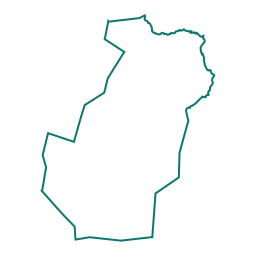 the district of Nalaix, Ulaanbaatar, Mongolia
{"feature_id": "93677404B72325521473587", "entity_name": "Nalaix", "entity_type": "district", "adm_level": 2, "iso_a3": "MNG", "parent_name": "Mongolia", "parent_adm1": "Ulaanbaatar", "projection": "mercator", "projection_center": [107.515, 47.823], "detail": "fine", "context": "isolated", "style": "outline", "palette": "teal", "viewbox_px": 256, "rotation_deg": 0, "n_neighbors": 0, "source": "geoboundaries", "source_scale": "gbopen_adm2", "svg_char_len": 4245}
<svg xmlns="http://www.w3.org/2000/svg" viewBox="0 0 256 256"><path d="M41.8,190.9L57.5,208.5L62.3,213.9L72.9,224.8L74.6,226.5L74.7,227.0L74.7,227.6L75.1,233.6L75.5,239.5L75.8,239.5L88.7,237.4L89.7,237.3L90.2,237.3L120.7,240.6L122.3,240.5L126.3,240.0L146.9,237.7L152.0,237.1L152.3,237.1L154.5,207.1L155.5,193.4L174.9,180.1L178.8,177.4L178.9,175.1L179.5,153.6L179.6,152.6L180.6,148.8L188.3,120.8L188.2,120.3L187.7,118.3L186.0,110.6L186.1,110.1L186.2,109.7L186.8,108.6L187.6,108.0L188.0,107.7L188.4,107.4L188.8,107.5L189.2,107.7L189.7,107.9L189.9,107.9L190.0,107.6L190.1,107.3L190.3,106.7L190.6,106.3L191.0,105.9L192.2,105.8L192.5,105.5L194.8,104.0L197.0,102.1L198.5,100.4L202.0,97.1L202.1,96.8L202.1,96.7L202.7,96.7L203.3,97.0L203.6,97.0L203.8,97.1L204.3,97.0L205.2,97.2L205.7,97.1L205.8,96.7L205.9,96.3L206.0,96.0L206.2,95.7L206.5,95.3L207.0,95.2L208.1,95.0L208.3,95.0L208.5,95.0L208.6,94.7L208.5,94.4L208.3,94.0L208.1,93.7L208.1,93.3L208.1,92.8L208.3,92.5L208.5,92.2L208.5,91.8L208.5,91.7L208.5,91.3L208.7,91.0L209.0,90.7L209.4,90.6L209.8,90.4L209.8,90.2L209.7,90.0L209.9,89.3L210.0,87.8L210.4,86.7L210.6,86.5L211.3,85.6L212.3,84.4L212.5,83.9L212.8,83.3L212.8,82.6L212.6,82.1L212.2,80.9L212.1,80.4L212.1,79.6L212.6,78.1L213.9,76.1L214.2,75.4L214.2,75.0L214.0,74.8L213.9,74.7L213.7,74.6L213.1,74.4L212.2,73.8L211.6,73.2L211.4,72.9L211.1,72.4L210.9,71.7L210.8,71.1L210.7,70.9L210.5,70.5L210.4,70.2L210.1,70.0L209.8,70.0L209.7,70.0L209.3,70.2L208.8,70.4L208.7,70.5L208.4,70.4L208.1,70.3L207.3,69.8L206.5,68.5L205.7,66.8L205.5,66.4L205.4,66.2L205.1,65.6L204.8,64.8L204.7,63.8L204.7,63.7L204.2,62.3L204.1,61.7L204.1,61.2L204.1,60.8L204.1,60.2L203.9,60.0L203.9,59.8L203.8,59.6L203.8,59.1L203.9,58.2L204.0,57.6L203.6,56.7L203.3,55.6L203.3,55.4L203.2,55.2L202.8,54.4L202.5,53.9L202.4,54.1L202.1,54.4L201.6,53.3L201.1,51.9L200.8,51.0L200.7,48.9L200.6,47.8L200.8,46.9L201.1,46.5L201.6,45.7L202.4,44.6L203.7,42.9L203.8,42.9L204.6,41.8L204.7,41.3L204.6,40.8L204.5,40.1L204.3,39.5L203.6,38.9L203.4,38.5L203.1,37.9L203.1,37.4L203.2,36.8L203.4,36.5L203.5,35.9L203.3,35.7L203.0,35.9L202.8,36.2L202.6,36.6L202.2,36.8L201.8,36.7L201.4,36.6L200.4,36.5L199.6,35.6L199.2,35.4L198.7,34.9L198.3,34.2L198.1,33.9L197.9,33.7L197.6,33.7L197.3,33.5L196.9,33.2L196.6,32.9L196.4,33.0L196.2,33.0L196.0,33.7L195.6,33.6L195.3,33.3L195.0,32.8L194.7,32.4L194.3,32.5L194.0,32.8L193.5,32.9L193.0,32.7L192.4,32.5L191.8,32.7L191.4,32.8L190.9,32.8L190.8,32.5L191.2,32.2L191.5,31.8L191.5,31.3L190.9,31.2L190.2,31.2L189.6,31.5L189.3,31.7L189.2,31.4L189.1,31.2L187.5,31.0L187.1,30.8L186.6,30.8L186.1,30.9L185.5,30.7L185.0,30.3L184.4,29.8L184.1,29.5L183.6,29.4L183.4,29.6L183.0,29.9L182.5,30.3L181.9,30.5L181.2,30.6L180.8,30.6L180.4,30.3L180.1,29.9L179.8,29.8L179.4,29.9L179.2,30.3L178.8,30.8L178.3,31.0L177.9,31.1L177.1,31.2L176.5,31.3L176.3,31.3L175.5,31.8L175.1,32.6L174.5,33.1L173.6,33.2L172.1,33.1L171.4,32.9L171.0,33.1L170.5,33.7L170.0,34.2L169.2,34.2L168.6,34.4L167.9,34.8L167.3,34.7L166.9,34.4L166.3,34.0L165.6,33.8L164.8,33.7L164.4,33.8L164.0,34.0L163.6,33.5L163.4,33.2L162.6,32.9L161.7,32.9L161.2,33.3L160.8,33.9L160.1,34.3L159.3,34.4L158.7,34.4L157.9,34.2L156.6,33.8L155.8,33.5L154.8,32.9L153.8,32.8L153.1,32.1L152.5,31.8L152.3,31.5L152.0,30.9L152.0,29.9L152.0,29.5L151.9,28.9L151.8,28.1L151.7,27.2L151.3,26.5L150.9,25.7L150.6,24.9L150.1,23.9L149.0,23.0L148.2,23.0L147.9,22.5L147.8,22.2L147.6,21.7L147.3,21.1L146.5,20.8L146.2,20.7L145.3,20.3L145.2,20.1L144.7,19.6L144.6,19.0L144.6,18.7L144.8,18.2L144.9,17.7L145.1,16.8L145.1,16.2L144.8,15.4L144.3,15.6L139.3,18.1L108.3,21.7L108.2,21.5L107.3,26.2L106.2,31.8L105.3,36.5L104.7,39.2L106.6,40.4L109.7,42.4L113.8,45.1L115.4,46.1L118.0,47.9L120.2,49.3L124.3,51.9L121.4,56.5L119.6,59.4L116.1,65.0L114.1,68.1L111.8,71.9L109.3,75.9L107.8,78.3L107.4,80.0L106.6,82.9L105.7,86.5L105.0,89.7L104.2,92.7L102.3,93.9L97.0,97.3L91.9,100.5L87.8,103.1L84.7,105.1L84.0,107.3L82.9,110.9L81.3,115.9L80.7,118.1L79.3,122.8L78.2,126.7L77.0,131.1L76.1,134.3L73.9,141.8L70.9,140.8L67.1,139.6L62.5,138.0L56.9,136.1L50.2,133.9L48.1,133.1L47.5,135.5L46.4,139.8L45.9,142.1L44.7,146.7L44.1,149.2L42.7,155.1L43.4,157.9L44.7,162.5L46.1,167.5L45.8,169.3L45.3,172.0L44.4,177.3L43.5,182.8L42.1,190.8L41.8,190.9Z" fill="none" stroke="#0f766e" stroke-width="2"/></svg>